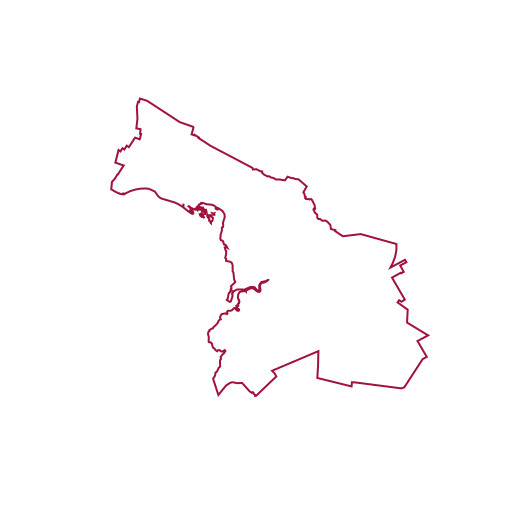 the district of Brighton, Tasmania, Australia, rotated 51°
{"feature_id": "25037944B48970679767962", "entity_name": "Brighton", "entity_type": "district", "adm_level": 2, "iso_a3": "AUS", "parent_name": "Australia", "parent_adm1": "Tasmania", "projection": "natural_earth1", "projection_center": [147.219, -42.727], "detail": "fine", "context": "isolated", "style": "outline", "palette": "rose", "viewbox_px": 512, "rotation_deg": 51, "n_neighbors": 0, "source": "geoboundaries", "source_scale": "gbopen_adm2", "svg_char_len": 6153}
<svg xmlns="http://www.w3.org/2000/svg" viewBox="0 0 512 512"><g transform="rotate(51 256 256)"><path d="M441.9,186.8L423.7,184.0L426.0,172.2L402.8,180.5L393.2,171.9L381.1,175.2L380.4,172.6L383.1,171.7L383.6,167.8L358.4,163.9L360.1,154.1L360.8,154.1L361.3,151.2L354.1,149.9L355.5,143.1L352.7,142.6L349.6,158.8L347.6,154.3L344.4,148.7L339.9,143.3L335.1,139.3L304.9,160.8L295.3,176.1L286.2,178.9L285.8,178.1L282.2,180.8L278.7,178.7L274.1,179.0L272.1,179.7L270.5,182.2L267.4,183.0L266.6,184.2L265.8,184.4L264.5,184.1L262.3,182.4L259.5,182.9L256.0,182.1L255.6,181.4L256.5,180.7L256.3,180.1L253.1,178.4L247.7,177.2L246.3,177.4L245.9,178.7L245.4,178.8L243.1,181.3L241.8,181.4L241.5,180.2L240.2,180.4L237.9,179.2L236.3,179.1L233.9,172.8L223.7,174.6L222.6,175.2L220.8,177.1L219.1,177.9L217.8,179.4L214.3,181.5L215.4,186.0L211.3,189.6L209.1,192.3L206.4,193.3L204.3,195.0L202.2,195.7L201.8,196.1L201.6,196.9L197.9,198.5L195.1,198.9L194.2,198.0L192.6,199.4L188.8,201.1L186.8,204.0L185.3,203.3L141.8,222.0L128.2,226.4L128.0,225.8L123.1,227.5L123.4,228.0L120.9,229.5L116.9,223.8L116.0,223.6L104.0,231.0L67.0,242.9L60.6,247.1L62.8,250.1L62.0,250.7L64.9,254.6L74.8,261.8L81.5,268.7L84.8,265.9L88.1,269.2L88.9,268.5L91.6,272.1L92.1,273.0L87.9,275.5L91.4,286.3L88.9,287.0L90.4,291.3L88.2,291.9L89.4,295.6L87.1,296.1L94.9,306.5L102.4,301.9L105.7,312.1L105.4,312.4L107.1,317.1L107.8,321.3L113.0,326.5L116.0,325.5L120.8,323.4L121.3,322.8L121.8,322.8L124.7,320.3L125.6,318.5L123.4,320.8L123.0,320.9L124.1,320.0L124.1,319.6L125.2,318.3L126.4,313.0L128.5,307.8L130.8,303.7L134.1,299.2L136.3,297.0L142.3,294.0L147.2,294.4L149.2,294.2L151.7,293.4L163.1,285.6L166.7,283.8L171.9,282.0L169.8,279.4L172.4,281.9L178.8,280.5L182.9,279.2L183.5,278.5L183.3,277.7L182.0,277.9L180.3,278.9L180.1,278.8L180.3,278.2L179.5,278.4L179.6,278.0L179.2,277.8L180.6,277.7L180.9,277.3L179.4,277.4L179.5,277.0L180.9,277.0L180.9,276.7L180.5,276.5L178.2,276.3L174.0,277.5L175.8,276.7L174.9,276.6L177.3,276.4L178.5,275.8L178.7,276.1L179.4,276.0L180.2,274.7L181.6,274.2L181.2,273.4L182.6,272.9L182.0,272.2L181.3,272.0L180.7,271.2L180.7,268.7L180.1,268.1L180.1,267.6L181.1,265.5L180.3,265.1L181.6,263.7L184.6,261.9L188.2,258.2L190.0,257.0L193.5,256.2L195.4,255.1L199.8,253.7L203.7,254.2L206.1,255.8L209.4,260.8L212.0,262.5L212.7,263.6L212.4,264.6L214.9,266.7L217.1,269.9L220.0,272.8L221.8,273.3L222.5,272.7L223.8,272.3L226.8,273.6L227.3,273.5L227.6,272.9L228.6,272.6L231.5,273.1L230.1,273.7L229.6,274.9L232.3,276.0L233.3,276.0L235.9,278.2L238.2,281.2L239.4,281.0L240.9,282.3L244.5,279.5L246.4,279.2L249.1,280.3L250.3,281.6L251.6,282.4L253.0,283.7L254.7,284.0L260.7,287.9L263.1,288.4L263.3,288.8L263.7,294.5L265.4,295.1L265.9,295.7L265.8,296.2L266.2,296.3L266.1,296.6L267.8,299.0L267.6,299.8L268.2,301.1L271.3,304.7L271.7,306.3L274.9,305.4L275.3,305.0L275.4,304.1L272.3,299.3L270.6,298.6L269.8,297.7L270.4,297.7L269.6,296.8L269.4,296.2L268.8,296.1L269.5,295.4L269.9,292.2L271.9,289.5L274.8,286.2L276.4,280.4L277.2,278.9L279.3,276.8L283.4,276.7L285.0,276.1L284.8,275.1L280.8,271.9L279.7,269.1L279.7,268.1L281.7,264.1L282.0,262.9L282.0,261.9L282.3,261.7L282.4,263.7L281.7,266.4L280.5,268.4L280.5,269.4L281.2,271.1L282.3,272.3L285.1,273.7L286.0,274.8L286.1,276.0L284.8,277.2L279.5,278.5L278.1,279.8L277.5,281.3L276.6,285.8L276.9,286.0L276.6,286.0L276.5,286.6L274.8,288.9L273.8,291.1L273.8,291.8L274.7,294.0L277.1,296.4L278.2,296.8L279.4,296.8L279.8,297.5L281.0,297.5L281.5,298.7L282.0,298.9L281.8,299.9L283.6,301.1L283.5,301.8L282.4,302.0L282.4,302.8L284.6,303.5L286.0,302.9L287.1,302.9L287.6,303.3L287.4,304.4L286.7,304.6L286.4,305.1L283.1,305.2L282.7,305.7L283.0,308.7L282.7,309.9L280.9,312.4L281.2,313.6L282.6,314.2L282.9,315.2L281.4,315.8L279.6,319.1L279.9,320.6L281.0,322.5L283.0,323.3L282.6,324.2L282.7,325.0L283.2,326.7L283.8,327.5L284.4,330.8L284.6,334.1L285.1,335.1L284.6,336.3L284.3,339.0L285.1,339.5L285.0,340.7L286.5,342.5L289.0,343.5L292.9,346.8L293.6,346.7L294.4,345.6L296.6,345.4L298.5,346.6L300.6,347.0L301.8,346.5L303.5,346.7L305.6,346.1L305.3,344.7L305.6,344.3L306.6,343.4L308.0,343.3L308.5,342.8L309.3,342.0L309.4,339.6L310.2,339.4L310.8,339.9L310.8,340.8L311.4,341.8L311.6,344.8L312.3,347.2L314.0,347.9L314.2,349.0L314.8,350.0L319.3,353.4L319.4,355.3L321.3,359.1L321.1,360.9L322.1,361.7L323.8,364.3L323.9,365.5L324.4,366.6L340.3,372.7L337.8,360.7L338.3,355.9L338.9,354.4L340.0,353.0L342.7,351.0L345.9,346.7L357.2,346.1L359.6,345.4L359.9,345.1L359.8,344.2L360.5,344.0L362.2,344.5L363.4,344.1L364.3,344.7L364.7,343.9L362.4,316.0L358.9,315.4L355.3,315.7L369.2,267.4L380.3,276.8L389.4,285.1L417.5,263.8L414.5,260.9L416.0,259.3L415.9,259.2L450.3,226.4L451.4,223.4L441.0,191.4L441.9,186.8ZM195.4,267.0L194.8,267.8L193.6,267.6L193.6,268.1L194.0,268.7L195.5,269.1L196.9,268.7L197.1,269.1L197.9,269.0L199.0,270.2L200.0,269.6L201.3,270.4L202.1,270.3L200.8,269.4L201.3,268.8L201.1,267.4L199.2,265.5L197.6,265.8L197.0,265.3L196.0,265.4L196.2,266.5L195.3,266.4L195.4,267.0ZM187.7,270.0L188.3,268.9L187.9,268.6L188.5,268.6L188.3,268.0L189.5,267.5L190.4,267.8L189.9,269.0L191.1,269.4L191.5,268.9L190.6,268.4L190.9,267.8L190.5,267.5L191.1,267.0L188.7,265.8L188.5,266.2L188.9,266.8L187.9,266.8L187.9,267.9L186.9,267.1L185.8,268.3L186.2,267.4L185.1,266.7L184.8,267.0L185.0,267.5L184.3,267.9L184.5,268.4L183.8,268.6L183.5,269.9L184.2,270.5L184.5,270.4L184.6,269.7L184.9,269.4L185.7,269.6L186.1,268.6L186.4,268.7L186.4,269.4L187.6,269.3L187.3,269.7L187.7,270.0ZM192.6,272.5L192.2,272.2L192.5,272.0L190.5,271.5L189.3,272.2L189.0,271.9L189.3,271.4L188.7,271.5L188.3,272.2L188.4,272.7L189.1,272.9L188.4,273.5L189.5,273.9L191.5,273.6L192.0,273.0L191.9,272.7L192.6,272.5ZM194.9,255.8L193.2,256.8L193.7,257.5L195.1,257.2L195.9,256.2L195.8,255.8L194.9,255.8ZM180.8,270.9L181.6,271.8L182.4,271.7L182.8,272.3L183.6,272.4L183.2,271.5L182.3,270.8L181.6,271.2L180.9,270.4L180.8,270.9ZM182.4,269.1L182.3,268.7L181.7,269.0L181.8,269.6L182.9,270.6L182.7,270.8L182.9,271.1L183.4,271.1L183.1,270.5L183.4,270.0L183.0,269.3L182.4,269.1ZM195.2,263.0L196.6,263.2L197.0,262.7L196.7,262.0L196.5,262.8L195.6,262.7L195.2,263.0ZM198.6,262.8L197.2,262.1L197.4,262.7L198.6,262.8Z" fill="none" stroke="#9f1239" stroke-width="2"/></g></svg>